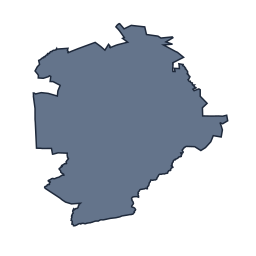 the district of Chikomba, Mashonaland East, Zimbabwe, rotated 96°
{"feature_id": "62879985B62139417575129", "entity_name": "Chikomba", "entity_type": "district", "adm_level": 2, "iso_a3": "ZWE", "parent_name": "Zimbabwe", "parent_adm1": "Mashonaland East", "projection": "equal_earth", "projection_center": [31.281, -18.846], "detail": "fine", "context": "isolated", "style": "filled", "palette": "slate", "viewbox_px": 256, "rotation_deg": 96, "n_neighbors": 0, "source": "geoboundaries", "source_scale": "gbopen_adm2", "svg_char_len": 5743}
<svg xmlns="http://www.w3.org/2000/svg" viewBox="0 0 256 256"><g transform="rotate(96 128 128)"><path d="M230.8,170.6L230.6,170.5L230.3,169.8L229.9,168.9L229.0,167.8L228.4,166.8L228.2,166.4L228.2,165.6L228.4,165.3L228.4,164.9L228.3,164.7L227.9,164.7L227.5,163.0L227.5,162.2L227.7,161.1L227.6,160.1L227.0,159.0L226.3,156.5L226.2,155.6L225.6,154.4L225.6,154.1L224.7,152.3L224.0,150.7L223.8,149.4L223.7,147.9L222.5,146.2L222.1,145.3L222.0,143.3L221.8,142.5L219.7,136.1L218.5,130.7L217.2,126.8L216.1,124.9L214.7,119.7L213.9,117.1L213.8,116.2L213.7,115.6L213.5,115.4L213.2,114.3L213.0,114.0L212.2,113.6L211.3,112.8L210.3,113.1L209.3,112.2L208.4,111.9L207.1,112.9L206.9,113.2L206.5,114.0L206.2,115.6L205.9,116.1L205.1,116.1L203.5,115.2L203.0,114.8L202.3,114.7L200.7,115.4L199.6,116.5L198.7,116.6L198.2,117.0L197.8,117.1L197.0,116.8L196.4,116.4L195.8,115.1L195.5,113.5L195.3,112.1L195.7,110.3L194.6,110.3L193.6,111.0L192.7,111.1L192.0,110.8L191.6,111.2L191.3,111.2L190.6,111.1L189.6,110.3L188.3,109.8L188.0,109.5L187.7,108.7L187.0,106.1L186.8,105.3L186.5,104.8L186.2,104.3L186.2,103.4L186.5,102.8L186.4,102.4L184.8,102.5L184.0,102.3L183.5,101.6L183.1,101.4L180.0,101.0L179.3,100.3L177.5,100.0L177.3,99.8L177.4,99.5L177.4,98.0L176.8,96.2L176.8,95.6L176.7,95.2L175.8,94.1L174.2,93.8L173.0,93.0L172.5,93.0L171.2,92.3L170.8,91.9L170.6,91.1L170.6,90.2L169.9,88.4L169.9,87.0L169.2,85.6L168.9,84.2L168.5,83.8L168.0,83.9L166.3,83.1L166.1,82.7L165.8,81.3L165.4,81.1L164.8,81.4L164.1,81.0L163.5,80.8L162.9,80.2L162.6,79.4L162.3,79.2L161.4,80.1L161.3,80.9L161.0,81.0L160.9,80.9L160.7,80.3L160.1,80.2L159.3,80.6L158.8,80.3L158.0,80.3L157.5,79.9L156.9,79.5L156.1,79.6L155.3,79.0L154.9,78.6L154.7,77.7L154.1,77.7L153.7,76.6L152.6,75.1L151.7,74.6L151.2,73.6L151.0,72.6L150.7,72.1L149.6,72.3L149.3,71.9L148.7,71.7L147.8,72.3L147.5,72.9L147.3,73.0L147.1,72.5L147.3,71.3L146.9,70.9L146.6,70.7L146.1,70.6L144.7,71.7L144.1,71.7L143.5,71.2L143.3,71.2L142.5,70.4L141.8,70.3L141.3,69.8L141.0,69.1L140.6,68.8L140.2,68.1L139.6,59.7L142.8,53.2L139.4,48.9L133.0,44.2L126.7,42.4L127.2,34.4L120.0,33.9L115.1,36.0L113.8,36.8L113.3,36.7L113.9,34.3L110.4,29.6L105.0,31.2L106.4,35.2L106.6,39.4L107.4,45.7L108.2,55.0L100.1,56.1L95.2,51.9L88.9,59.5L82.4,60.2L81.7,61.6L84.0,66.2L82.6,67.5L81.0,64.6L80.7,64.6L80.5,65.4L80.5,66.2L80.2,66.4L79.8,66.3L79.2,66.9L78.8,67.0L78.3,66.5L78.3,67.5L78.5,67.9L78.2,68.5L76.5,68.7L76.4,69.4L76.1,70.4L75.9,70.7L75.0,70.9L75.2,71.6L75.1,72.1L74.3,72.9L74.0,72.9L73.7,73.3L73.2,72.8L72.8,72.5L72.1,72.4L70.8,71.8L70.3,71.8L69.8,72.6L69.7,73.1L68.8,73.4L68.4,74.3L68.0,74.2L67.8,74.7L67.4,74.4L67.2,74.6L66.6,74.5L65.7,74.6L63.7,76.3L63.2,77.2L62.9,77.2L62.5,77.0L61.6,78.1L61.0,78.3L60.6,79.0L60.3,80.1L60.0,80.2L59.7,79.9L59.1,79.8L58.8,84.1L59.8,83.8L63.5,83.1L63.8,88.1L66.9,87.1L67.1,89.3L65.0,89.7L59.6,89.9L59.6,90.2L58.4,90.2L51.9,80.1L47.6,86.7L46.9,88.8L41.7,101.4L40.0,92.5L38.4,99.3L33.6,92.8L33.4,92.8L32.8,93.5L35.1,104.7L33.5,107.8L33.1,119.4L25.7,121.9L25.6,135.5L29.8,142.3L25.2,147.1L25.1,147.6L25.2,147.9L25.7,148.2L26.0,148.8L27.1,149.7L28.7,150.6L30.6,148.3L32.3,146.5L38.5,141.1L39.4,142.8L42.7,137.3L46.2,146.8L47.0,148.6L49.5,153.3L50.0,153.9L49.9,154.3L49.6,154.7L48.7,154.8L48.4,154.5L46.8,156.1L53.0,159.1L49.7,163.8L46.3,169.6L54.1,185.5L57.7,192.4L59.1,194.9L59.7,196.0L58.8,195.4L58.0,195.5L57.5,196.3L57.2,196.4L56.9,196.3L56.4,196.3L55.9,196.1L55.6,196.1L55.0,196.0L57.0,207.1L56.4,207.3L56.8,207.5L57.5,207.4L58.4,209.3L58.5,210.2L58.7,210.6L59.6,211.7L59.9,211.7L60.0,212.1L60.1,212.9L60.9,213.6L62.0,213.9L62.2,214.3L62.1,215.1L62.2,215.5L62.5,215.8L62.9,215.8L63.2,215.5L63.6,215.6L63.8,216.0L63.8,216.5L64.0,216.8L64.8,217.4L65.1,217.8L65.6,217.7L65.8,217.8L65.9,218.2L65.9,218.8L66.0,219.0L66.7,219.7L67.0,219.5L67.2,219.9L67.2,220.3L67.7,221.0L69.2,222.3L70.1,223.9L74.0,222.6L76.6,224.6L81.0,226.4L84.0,223.4L85.1,222.6L87.6,222.5L87.4,217.4L85.3,212.6L84.3,211.6L84.8,210.2L89.9,210.3L89.7,207.4L92.6,200.0L92.8,199.9L98.4,201.6L103.6,201.6L101.9,211.0L101.9,218.0L103.8,223.6L103.1,224.8L103.1,225.8L105.6,225.4L106.4,225.4L118.3,222.5L129.4,221.3L131.9,220.8L157.6,216.9L157.4,213.9L157.3,213.4L157.3,210.8L156.3,202.0L161.9,200.3L161.7,199.4L160.0,195.0L159.4,185.8L161.7,185.6L162.3,185.5L162.9,185.1L163.6,185.1L163.9,184.9L164.1,184.8L164.3,184.2L164.6,184.0L165.1,184.1L166.6,185.3L167.4,185.7L167.7,185.7L167.9,186.0L168.4,185.8L168.7,185.9L169.1,185.6L169.7,185.4L170.0,185.9L170.0,187.1L170.2,187.6L170.9,188.0L171.8,189.5L172.3,190.1L172.8,190.2L172.8,189.4L173.2,189.4L173.5,190.0L173.9,190.2L174.1,191.0L174.9,191.3L175.5,192.2L176.4,192.0L177.4,190.7L178.4,190.3L178.9,190.3L179.2,189.8L179.7,189.3L180.2,188.0L180.7,187.7L180.8,187.1L181.7,186.9L181.7,187.8L181.9,188.7L183.9,191.2L184.3,192.0L185.0,193.8L185.9,195.3L186.2,196.2L186.0,197.5L186.4,198.7L186.6,199.0L187.2,199.5L188.4,201.6L188.6,201.8L189.0,201.8L189.5,201.0L189.6,200.1L189.8,199.7L190.3,199.8L190.8,200.4L191.4,200.5L192.0,200.2L192.4,200.3L192.6,200.6L192.6,201.7L192.9,202.2L193.2,202.5L194.1,202.7L194.9,204.4L195.4,204.7L195.8,204.7L196.3,204.4L196.8,203.8L204.7,188.5L206.4,185.9L208.2,182.4L209.4,176.3L207.8,167.4L208.3,167.8L208.9,168.8L210.2,168.8L210.9,169.3L212.2,169.3L212.5,169.5L213.3,170.2L213.4,171.1L213.7,171.7L214.2,172.0L214.4,172.8L213.9,173.5L214.7,173.9L215.4,173.4L215.7,174.1L216.2,174.3L216.7,174.3L217.3,174.0L218.4,173.6L219.2,174.3L220.2,174.4L220.4,174.7L220.6,174.8L220.8,174.8L221.0,174.5L221.4,174.5L221.7,174.9L222.9,174.5L224.0,174.9L225.2,174.7L225.7,175.0L226.0,174.4L226.7,173.7L227.6,173.5L228.2,173.8L228.5,173.7L229.4,173.8L229.6,173.6L229.4,173.1L229.5,172.8L230.2,172.2L230.9,172.0L230.9,171.7L230.8,171.2L230.8,170.6Z" fill="#64748b" stroke="#1e293b" stroke-width="1.5"/></g></svg>